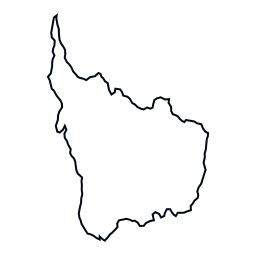 Piên, Paraná, Brazil (Natural Earth projection)
{"feature_id": "56859067B57864591645239", "entity_name": "Piên", "entity_type": "district", "adm_level": 2, "iso_a3": "BRA", "parent_name": "Brazil", "parent_adm1": "Paraná", "projection": "natural_earth1", "projection_center": [-49.461, -26.066], "detail": "fine", "context": "isolated", "style": "outline", "palette": "ink", "viewbox_px": 256, "rotation_deg": 0, "n_neighbors": 0, "source": "geoboundaries", "source_scale": "gbopen_adm2", "svg_char_len": 2250}
<svg xmlns="http://www.w3.org/2000/svg" viewBox="0 0 256 256"><path d="M186.0,120.0L184.3,122.1L182.2,121.0L179.7,118.8L178.1,116.6L176.0,115.3L172.8,114.2L171.2,110.9L171.1,106.9L168.6,102.8L169.0,99.1L165.1,99.5L160.6,97.3L156.6,98.5L154.3,100.2L153.2,104.4L152.6,107.6L150.3,108.7L147.1,107.5L143.7,109.4L141.3,108.9L137.6,107.1L134.8,104.4L132.3,103.1L129.8,98.8L127.6,96.8L123.3,95.6L122.0,92.1L120.1,89.4L115.4,88.7L114.7,92.3L111.5,94.5L109.0,89.9L107.7,83.1L105.1,81.3L103.2,78.3L101.4,76.7L100.6,74.1L98.5,73.0L95.0,76.2L90.2,77.1L86.3,80.1L83.1,78.6L80.0,78.0L77.6,76.7L76.0,74.6L73.2,71.5L71.2,67.0L68.7,63.8L66.7,61.8L64.7,57.7L65.3,54.1L65.1,50.2L63.9,47.6L60.8,43.1L59.5,39.4L58.9,33.6L58.8,29.0L57.4,24.6L56.3,18.1L56.7,15.4L53.9,17.6L51.2,32.8L51.9,37.5L54.7,40.6L54.4,45.5L53.1,48.9L52.7,51.7L54.4,55.5L52.7,59.3L52.2,62.4L52.1,66.6L50.8,73.4L47.9,76.8L49.7,80.1L51.8,88.9L53.8,90.5L56.4,95.3L58.6,98.2L60.3,100.2L61.9,103.5L62.1,107.2L59.2,111.8L58.1,115.4L57.8,120.0L55.8,125.9L57.3,131.7L59.7,132.5L63.0,129.7L64.8,125.9L66.4,129.8L64.4,133.6L64.8,137.8L67.1,141.2L68.1,144.6L70.7,149.1L70.1,152.9L71.5,155.9L73.9,158.3L75.2,161.5L75.8,166.2L76.4,170.2L77.8,173.7L80.1,175.6L82.1,177.6L81.5,181.1L81.9,185.4L81.7,189.8L82.3,193.9L81.2,198.9L81.1,202.8L80.0,206.9L79.4,210.2L78.8,213.6L79.5,218.1L80.7,220.5L81.5,223.7L84.5,228.8L87.5,233.5L90.9,234.4L93.7,235.9L96.7,238.1L99.7,239.5L99.7,236.5L102.3,239.0L104.8,240.6L107.6,237.6L109.7,234.7L111.7,233.1L115.0,229.9L117.6,226.9L117.1,223.7L119.0,220.3L123.3,219.5L126.3,218.8L129.8,219.7L132.3,221.0L134.8,220.7L137.8,222.7L139.8,226.0L143.8,225.8L146.0,223.0L150.1,221.0L153.9,220.3L153.2,217.0L152.6,214.4L155.4,212.1L159.1,213.9L161.1,217.5L164.3,215.9L164.8,213.1L166.8,209.2L170.2,209.2L171.7,212.1L173.7,214.6L175.8,216.1L177.7,212.8L180.7,212.8L183.9,212.7L187.0,211.4L190.9,210.2L190.7,205.9L192.9,203.4L194.5,200.6L197.7,197.9L198.3,195.2L197.3,191.4L198.6,187.4L201.3,183.5L202.3,180.1L203.3,177.0L204.6,172.8L205.6,170.0L204.6,166.3L203.6,162.6L204.2,159.9L204.9,156.6L204.6,153.8L205.8,149.4L206.4,143.4L206.8,139.1L207.8,136.4L208.1,133.1L205.5,131.7L203.0,128.5L201.3,124.2L197.0,123.3L194.4,121.5L186.0,120.0Z" fill="none" stroke="#020617" stroke-width="2"/></svg>